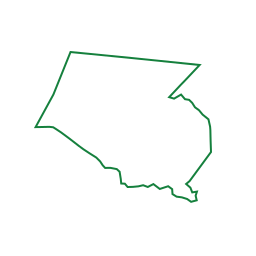 Nazaré da Mata, Pernambuco, Brazil (Robinson projection), rotated 72°
{"feature_id": "56859067B75061045492706", "entity_name": "Nazaré da Mata", "entity_type": "district", "adm_level": 2, "iso_a3": "BRA", "parent_name": "Brazil", "parent_adm1": "Pernambuco", "projection": "robinson", "projection_center": [-35.207, -7.742], "detail": "fine", "context": "isolated", "style": "outline", "palette": "green", "viewbox_px": 256, "rotation_deg": 72, "n_neighbors": 0, "source": "geoboundaries", "source_scale": "gbopen_adm2", "svg_char_len": 885}
<svg xmlns="http://www.w3.org/2000/svg" viewBox="0 0 256 256"><g transform="rotate(72 128 128)"><path d="M90.2,40.4L63.1,101.7L46.0,140.8L38.0,159.2L73.1,188.6L98.6,215.6L99.9,211.4L102.6,202.4L104.2,198.9L107.0,196.6L111.4,193.1L120.1,186.9L130.1,180.1L134.4,177.0L140.3,172.3L146.3,167.3L151.2,164.8L155.6,163.6L158.9,162.1L160.4,157.2L163.6,151.4L167.0,149.5L174.1,150.6L178.7,151.6L180.0,148.2L184.0,146.6L185.5,141.5L186.7,136.1L187.1,131.3L190.2,127.4L189.2,121.2L195.8,116.6L195.8,107.8L199.8,104.9L204.6,106.1L208.3,103.0L210.6,98.2L213.8,93.7L217.7,90.8L218.0,85.0L213.3,84.6L209.8,82.1L209.1,86.8L204.0,87.1L199.2,90.0L197.5,85.8L176.5,56.5L165.4,53.3L155.4,50.3L152.1,49.5L144.6,48.8L138.3,52.9L133.0,55.0L129.0,57.9L123.9,59.2L120.1,61.2L118.2,64.9L112.6,67.2L114.3,75.1L111.4,79.3L103.2,64.4L100.9,60.0L90.2,40.4Z" fill="none" stroke="#15803d" stroke-width="2"/></g></svg>